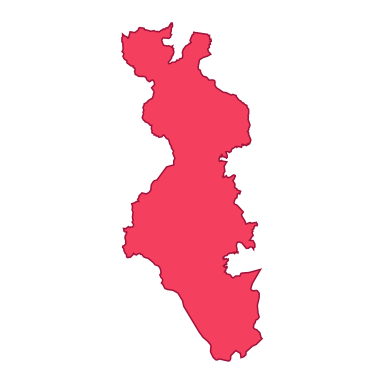 Nhu Thanh, Thanh Hóa, Vietnam
{"feature_id": "81297802B85505749224324", "entity_name": "Nhu Thanh", "entity_type": "district", "adm_level": 2, "iso_a3": "VNM", "parent_name": "Vietnam", "parent_adm1": "Thanh Hóa", "projection": "natural_earth1", "projection_center": [105.557, 19.588], "detail": "fine", "context": "isolated", "style": "filled", "palette": "rose", "viewbox_px": 384, "rotation_deg": 0, "n_neighbors": 0, "source": "geoboundaries", "source_scale": "gbopen_adm2", "svg_char_len": 5962}
<svg xmlns="http://www.w3.org/2000/svg" viewBox="0 0 384 384"><path d="M215.8,359.8L217.4,359.9L219.0,358.9L228.4,361.0L229.7,360.6L230.6,358.9L230.8,355.6L235.8,350.6L240.4,353.4L241.0,357.7L243.7,356.8L245.9,354.7L246.0,351.9L252.4,346.1L256.1,344.5L262.1,338.6L261.0,337.5L259.9,332.9L256.8,329.8L254.8,329.1L253.3,327.4L254.2,323.7L255.0,323.0L255.7,320.5L256.3,319.6L257.1,319.6L258.4,318.4L259.2,316.9L258.0,313.0L257.3,305.4L259.1,297.7L259.2,293.4L257.4,290.8L256.4,290.4L252.9,290.9L251.1,289.7L250.8,288.4L252.4,283.3L260.5,269.4L249.1,272.5L241.8,273.1L240.8,273.6L239.9,276.0L235.9,276.0L233.0,277.9L231.7,277.0L230.6,275.3L229.6,274.5L226.4,273.9L226.0,272.4L224.6,271.9L225.1,271.4L225.1,270.7L225.7,270.4L226.1,268.4L227.0,267.9L227.1,266.7L226.1,266.5L225.8,267.4L225.2,267.3L224.2,266.8L224.2,265.9L223.6,266.0L223.6,265.5L224.7,265.2L224.7,264.5L226.6,264.6L226.8,264.1L226.1,262.7L228.3,260.3L228.2,259.0L226.9,259.3L226.1,258.6L224.1,259.6L223.9,258.0L223.1,258.4L223.2,257.4L224.8,255.9L227.1,255.4L227.9,254.0L229.2,253.7L229.4,253.1L232.2,253.1L233.7,252.2L233.8,253.0L234.5,252.9L234.8,253.5L235.4,252.5L238.0,252.9L238.0,251.8L236.7,251.3L237.1,249.8L236.3,245.7L236.9,243.1L238.2,241.9L241.8,242.8L246.3,248.4L248.6,248.2L249.9,247.0L252.1,247.0L253.6,249.3L253.7,247.8L254.9,247.1L254.8,243.9L253.0,240.6L249.7,240.3L252.4,236.1L253.2,235.6L252.0,232.4L252.9,231.4L252.2,229.7L253.7,228.9L254.3,226.3L255.9,225.5L257.1,225.7L257.4,224.3L256.3,222.4L250.7,223.4L250.4,222.6L249.6,222.6L245.9,224.1L245.1,221.4L241.8,216.0L241.6,214.5L243.3,212.0L237.2,205.3L234.3,203.9L233.9,202.6L235.0,199.0L236.9,197.7L237.3,194.4L238.7,193.2L239.7,193.9L240.6,191.2L236.9,189.8L236.9,189.0L234.6,187.4L235.0,184.2L232.8,180.6L234.2,179.0L234.7,176.9L235.3,176.5L235.2,175.5L233.9,174.9L232.3,175.6L231.2,176.8L228.4,177.7L227.2,177.3L226.3,175.7L223.8,177.5L222.7,176.4L223.6,175.4L223.7,172.9L224.9,171.5L224.1,166.4L226.8,161.8L222.4,161.1L221.8,160.5L221.5,161.0L221.0,160.7L219.6,161.3L219.0,159.9L219.9,156.6L221.0,157.0L221.6,154.5L222.1,154.6L222.0,156.4L225.6,157.4L226.4,158.2L227.2,157.5L227.2,155.5L225.9,151.8L228.5,151.6L229.2,152.5L231.1,151.5L231.2,150.3L232.0,149.0L236.0,146.4L236.8,147.4L237.8,146.4L241.5,147.3L242.2,144.4L243.3,144.3L243.5,145.3L245.3,144.8L246.2,145.6L247.0,145.3L247.1,144.2L247.9,144.3L248.3,143.7L248.8,144.3L249.9,143.1L250.8,140.0L248.5,134.1L248.6,132.3L247.5,131.7L248.8,129.5L248.6,128.2L249.4,127.2L250.0,125.0L248.1,119.4L248.4,116.8L248.0,115.4L248.6,114.3L248.7,109.6L246.9,106.9L246.9,105.5L244.5,104.3L243.6,103.0L242.0,102.7L241.3,101.4L238.9,100.0L236.4,96.8L236.1,95.5L232.7,94.4L231.1,95.0L226.1,92.6L223.3,92.3L216.5,87.8L214.9,85.4L215.0,81.8L214.5,80.5L212.5,79.9L209.2,80.2L206.5,77.1L203.0,76.2L201.1,73.4L200.2,70.2L198.6,69.5L198.1,67.1L199.5,59.8L203.1,57.5L207.3,56.2L210.8,54.2L208.4,51.5L207.7,48.9L209.4,47.3L209.1,44.6L210.4,44.3L209.9,41.8L211.3,41.3L210.9,39.1L209.7,39.5L209.5,35.4L208.4,35.7L207.7,34.4L193.7,32.3L193.5,34.1L192.2,35.1L190.0,40.4L191.2,42.2L190.5,42.4L190.4,43.5L189.3,43.4L188.4,44.7L185.8,46.0L183.3,49.4L182.3,52.5L182.8,55.2L182.3,58.3L179.9,58.6L178.4,60.6L177.0,60.0L175.9,61.6L174.8,62.2L172.2,62.2L170.5,63.4L168.8,63.7L168.3,62.3L170.6,59.7L171.7,57.6L171.7,56.5L172.8,55.4L173.8,52.7L173.7,50.8L173.1,50.1L173.6,48.5L172.0,47.5L172.6,45.9L171.0,46.7L168.6,45.7L167.0,46.0L163.8,45.3L162.9,44.0L161.7,40.3L162.2,38.8L163.3,37.8L168.9,38.4L170.6,36.9L170.6,35.7L171.6,34.7L170.3,33.4L171.2,31.2L171.4,28.1L172.6,26.2L172.3,23.1L171.4,23.0L171.6,24.3L171.6,25.2L171.4,23.9L170.7,23.8L169.4,25.5L169.8,26.3L167.9,27.4L167.8,27.9L166.4,27.8L165.2,28.5L164.9,29.4L163.2,29.0L162.8,29.8L161.4,30.2L159.1,31.9L157.6,31.4L155.6,31.6L154.0,30.6L150.4,31.4L149.4,30.7L144.6,29.6L144.0,28.2L139.5,27.6L138.7,28.3L138.4,29.8L134.9,32.6L130.1,31.8L128.5,38.0L127.8,38.1L127.8,37.4L124.3,35.7L122.6,34.1L122.6,36.5L121.9,38.0L121.9,41.8L122.8,42.7L123.1,49.8L122.0,51.7L123.4,52.8L123.9,54.1L122.9,56.3L124.3,59.1L126.9,60.8L126.9,62.8L131.0,65.9L133.3,66.0L133.2,67.5L134.3,67.8L135.1,69.2L135.1,70.5L134.5,71.2L135.4,74.6L136.6,74.7L137.3,75.6L139.4,76.5L141.3,76.2L142.0,76.7L143.1,76.3L145.6,77.1L147.1,80.1L149.2,81.7L150.6,81.2L151.0,80.4L152.8,80.0L154.2,81.7L154.5,84.8L151.5,87.8L153.9,91.1L154.0,92.9L153.4,94.0L153.3,96.0L151.6,99.1L150.8,99.0L148.2,100.7L146.6,102.6L144.1,103.9L144.1,105.2L143.0,107.2L143.8,110.6L143.0,112.3L143.5,113.8L142.2,117.6L143.6,120.2L144.7,120.7L145.0,121.7L148.3,123.1L150.2,125.3L151.7,125.1L151.3,128.9L152.0,130.3L151.9,132.7L154.2,134.2L154.2,135.0L155.5,134.8L156.1,135.9L158.3,136.2L158.6,137.1L159.2,137.2L161.9,136.8L163.2,135.1L164.0,135.1L166.4,138.4L168.7,139.6L169.8,143.9L171.4,146.4L171.3,147.8L173.6,151.1L172.8,153.2L174.9,158.4L173.7,160.9L173.8,164.9L166.6,166.9L157.0,180.0L154.4,180.7L153.1,181.9L151.4,184.6L150.7,190.3L148.8,192.6L146.3,193.9L141.9,192.9L139.0,196.0L138.8,197.9L137.6,199.4L138.7,201.4L136.6,201.5L134.4,202.9L131.7,203.7L132.5,206.7L132.1,210.0L133.1,212.3L132.4,217.1L133.1,220.4L132.1,222.2L133.4,224.0L133.5,225.8L132.3,227.1L130.5,227.0L129.7,227.6L128.4,226.6L125.7,228.7L123.5,228.4L124.1,231.3L125.3,232.0L126.7,231.9L126.8,232.7L125.1,236.3L125.0,238.3L125.8,240.8L125.6,242.5L126.0,243.6L124.5,245.4L122.8,246.1L122.6,247.3L123.7,248.6L124.0,250.7L125.2,253.3L126.4,254.4L126.6,256.8L127.1,257.3L128.0,257.7L129.2,257.1L130.4,257.3L133.1,254.5L133.6,253.3L135.1,254.6L136.7,254.9L137.6,253.9L139.9,253.4L140.7,254.4L142.2,254.5L143.5,256.7L145.6,257.7L147.2,257.9L149.2,259.1L153.4,262.6L155.0,264.7L158.4,265.9L159.9,267.9L160.9,270.8L160.9,273.9L159.9,274.6L160.0,275.2L160.9,277.3L162.7,279.4L162.6,280.9L161.4,283.1L162.7,284.1L164.9,288.4L167.5,289.5L172.8,290.2L177.9,293.0L182.5,300.6L183.8,306.4L199.2,332.0L203.0,337.2L207.6,341.2L210.6,344.8L211.0,346.3L210.5,351.3L211.0,353.0L213.3,357.5L215.8,359.8Z" fill="#f43f5e" stroke="#9f1239" stroke-width="1.5"/></svg>